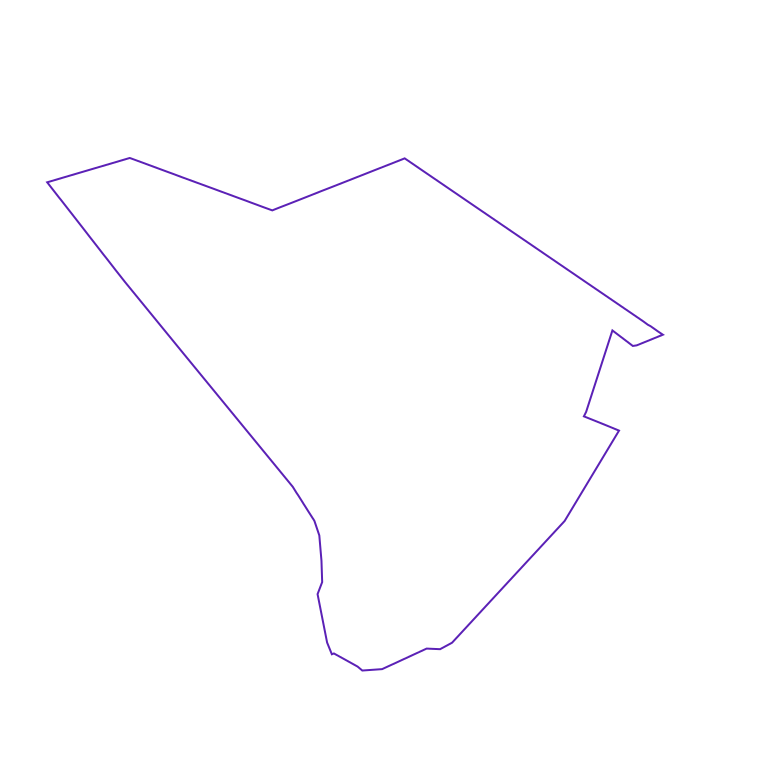 the district of San Juan de los Cués, Oaxaca, Mexico, rotated 257°
{"feature_id": "50627088B95706371455235", "entity_name": "San Juan de los Cués", "entity_type": "district", "adm_level": 2, "iso_a3": "MEX", "parent_name": "Mexico", "parent_adm1": "Oaxaca", "projection": "robinson", "projection_center": [-97.027, 18.044], "detail": "fine", "context": "isolated", "style": "outline", "palette": "violet", "viewbox_px": 768, "rotation_deg": 257, "n_neighbors": 0, "source": "geoboundaries", "source_scale": "gbopen_adm2", "svg_char_len": 1234}
<svg xmlns="http://www.w3.org/2000/svg" viewBox="0 0 768 768"><g transform="rotate(257 384 384)"><path d="M599.2,454.9L595.2,428.1L594.3,422.0L593.0,413.4L591.4,402.6L589.3,388.5L587.8,378.4L586.8,371.5L586.1,366.6L583.7,350.8L582.2,340.7L581.5,336.0L580.9,331.9L579.7,323.5L579.7,323.4L578.8,317.5L578.3,314.2L581.6,309.1L583.8,305.7L587.3,300.4L590.7,295.2L593.7,290.7L597.0,285.6L607.8,269.1L612.6,261.8L630.9,233.7L636.6,225.1L639.0,221.4L660.8,188.1L661.4,187.1L661.4,186.7L656.3,101.2L655.4,101.6L638.6,109.4L636.4,110.5L608.0,123.7L599.8,127.5L593.7,130.3L580.6,136.4L573.4,139.7L570.3,141.2L563.0,144.6L555.6,148.0L546.7,152.2L541.8,154.5L480.8,184.6L458.1,195.8L304.3,272.0L297.8,274.2L295.0,275.3L291.0,276.7L285.8,278.5L285.4,278.6L284.1,279.1L277.8,281.3L276.1,281.9L268.8,284.5L268.7,284.6L266.2,285.4L251.0,286.9L225.8,283.3L204.9,279.2L194.2,272.0L144.9,270.4L132.4,272.4L132.7,274.6L114.6,294.7L109.7,298.4L106.6,318.0L116.6,366.0L113.0,379.0L116.6,392.1L177.4,481.4L209.9,529.2L285.7,602.5L293.4,591.7L307.5,571.5L311.4,574.7L384.8,618.6L365.1,635.0L364.8,638.9L369.3,666.8L374.1,662.3L374.7,661.8L375.5,661.1L380.5,656.6L382.4,654.4L386.5,650.9L599.2,454.9Z" fill="none" stroke="#5b21b6" stroke-width="2"/></g></svg>